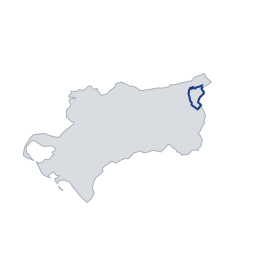 Dostluk, Chardzhou, Turkmenistan shown in context, rotated 313°
{"feature_id": "10190150B13703090222147", "entity_name": "Dostluk", "entity_type": "district", "adm_level": 2, "iso_a3": "TKM", "parent_name": "Turkmenistan", "parent_adm1": "Chardzhou", "projection": "albers", "projection_center": [65.017, 37.433], "detail": "fine", "context": "in_parent", "style": "outline", "palette": "blue", "viewbox_px": 256, "rotation_deg": 313, "n_neighbors": 0, "source": "geoboundaries", "source_scale": "gbopen_adm2", "svg_char_len": 4723}
<svg xmlns="http://www.w3.org/2000/svg" viewBox="0 0 256 256"><g transform="rotate(313 128 128)"><path d="M80.5,83.5L90.7,85.0L93.8,85.7L95.3,84.3L95.2,84.0L94.8,83.6L94.1,82.5L94.0,75.5L95.0,74.5L96.1,73.9L97.7,71.8L98.6,71.2L99.8,70.8L103.7,70.9L105.4,70.6L107.0,68.3L107.4,66.8L108.5,65.7L109.1,65.8L111.7,67.0L112.2,67.5L113.0,69.4L114.0,69.4L114.1,69.1L114.1,68.7L113.4,67.5L111.9,65.3L110.4,63.9L110.3,63.4L111.7,62.5L114.4,63.1L115.2,62.9L116.0,61.3L119.4,65.2L120.1,65.6L123.0,66.3L123.4,66.9L124.3,69.1L125.3,69.7L126.5,70.2L131.7,70.5L133.2,72.1L133.5,72.4L133.1,73.4L132.9,75.4L132.5,76.1L132.7,76.5L134.5,77.4L135.6,78.7L135.6,79.2L135.3,79.6L134.4,79.4L134.0,79.9L133.9,80.9L134.5,81.9L134.6,82.8L133.6,84.8L133.6,85.6L133.8,86.1L138.4,89.4L139.2,89.5L143.8,89.2L144.7,89.6L148.7,90.4L149.8,90.4L150.6,89.4L151.3,89.0L152.0,89.1L153.9,89.7L155.9,91.1L157.2,92.4L157.8,93.5L159.5,99.5L160.6,102.0L162.0,103.3L163.0,105.7L163.7,110.8L164.2,111.9L166.4,114.0L177.6,122.5L181.0,126.3L186.3,129.9L188.3,129.5L192.5,133.4L195.2,134.8L198.6,137.1L205.9,142.3L207.5,142.5L209.2,141.7L210.8,142.2L213.5,143.5L216.5,145.4L219.0,146.1L219.7,146.9L219.8,147.4L218.4,150.0L218.3,153.2L218.5,157.5L217.8,157.6L212.8,156.5L208.1,153.8L206.9,154.7L206.4,155.6L205.2,159.4L198.8,159.6L195.0,161.4L191.5,173.6L190.8,175.1L188.6,177.0L184.9,179.0L184.3,179.7L184.2,180.5L183.7,180.7L181.7,180.7L173.8,183.2L172.1,183.2L171.4,183.4L171.1,183.8L171.9,186.3L171.2,187.0L170.6,188.2L170.2,190.3L164.9,193.4L163.8,193.8L161.8,193.4L160.7,193.7L159.5,194.7L159.0,194.4L158.8,193.4L158.3,192.6L155.1,189.9L151.4,190.2L150.0,189.9L148.9,189.4L147.3,187.9L146.2,186.4L145.1,186.5L144.8,185.8L144.8,185.0L145.1,184.0L145.1,182.2L144.5,180.9L143.8,180.3L144.7,178.2L144.8,176.6L144.3,174.9L144.2,172.4L144.5,170.0L143.8,168.8L133.0,168.4L129.5,162.6L128.0,161.1L122.8,158.4L121.4,157.1L120.3,155.6L120.1,153.7L119.6,152.5L118.7,152.3L114.7,149.8L113.1,149.1L110.8,149.5L109.5,148.8L107.9,149.5L107.2,149.5L105.5,148.9L103.6,146.7L101.9,145.8L98.3,144.2L95.8,143.6L93.6,142.7L93.4,142.4L93.5,140.6L93.2,139.9L92.6,139.0L91.8,138.3L87.9,138.0L86.2,137.2L84.7,137.0L81.6,136.8L80.6,137.2L80.0,137.7L79.4,139.3L79.1,139.5L76.1,139.3L69.7,138.3L67.0,138.9L62.6,141.0L60.0,142.9L59.2,143.7L57.3,147.4L56.7,147.9L55.8,148.2L55.0,148.2L51.0,149.2L49.5,149.4L45.7,148.8L45.5,143.1L45.7,138.6L46.8,132.6L47.1,128.6L48.4,122.7L48.4,121.2L46.8,118.3L46.7,116.5L45.6,116.2L43.9,114.5L42.1,113.6L41.2,113.5L40.3,113.8L39.6,114.6L39.3,113.2L39.5,111.7L41.3,108.9L42.1,109.9L43.2,110.4L46.1,110.5L45.9,109.5L44.6,108.2L44.5,106.8L44.8,105.4L45.3,104.1L44.9,103.5L44.3,103.1L42.8,103.0L38.9,102.0L38.2,103.5L39.1,105.7L37.6,103.1L36.6,100.5L36.2,97.6L36.5,94.5L38.6,89.8L40.6,83.9L41.8,86.7L42.8,87.9L45.1,88.9L46.3,88.9L47.7,88.4L48.9,88.8L50.5,91.6L51.8,92.1L54.8,91.4L56.2,91.3L57.3,91.9L58.5,92.1L58.1,90.8L58.1,89.6L58.9,89.0L61.0,90.0L62.9,89.5L63.3,89.2L63.5,88.2L63.5,86.1L63.2,85.2L62.3,83.8L58.6,80.5L57.4,79.1L56.5,77.5L55.4,71.3L54.5,67.4L54.0,66.9L51.7,66.3L47.3,66.7L45.8,66.3L45.0,66.6L43.0,67.9L42.0,69.2L40.5,72.2L41.2,73.3L39.8,78.5L40.0,80.9L39.8,81.0L38.8,78.0L37.4,75.0L36.5,70.5L39.5,68.0L42.0,66.3L44.5,65.2L47.1,64.5L52.8,63.6L56.0,63.4L58.5,63.6L60.3,64.8L65.1,68.8L67.1,71.0L67.7,71.8L68.1,73.8L71.3,80.2L72.1,81.2L73.4,83.2L74.8,83.9L80.5,83.5ZM37.9,122.5L37.7,123.2L37.3,120.7L37.3,118.0L37.8,117.3L38.3,117.4L37.7,118.3L37.9,122.5Z" fill="#d9dde1" stroke="#a8b0b8" stroke-width="1"/><path d="M198.0,146.6L197.1,147.1L196.0,147.8L195.2,148.4L194.9,148.5L194.3,148.9L194.1,149.3L193.6,150.2L193.3,150.6L192.9,151.2L192.5,152.0L192.0,152.6L191.7,153.0L191.2,153.7L190.8,154.2L190.4,154.9L190.2,155.7L190.1,156.6L189.9,157.5L189.1,158.1L188.8,158.3L188.2,158.8L188.3,159.8L188.4,160.8L188.7,162.4L188.8,163.6L188.9,164.8L189.2,165.7L189.2,166.2L190.7,166.3L190.8,166.2L191.0,166.0L191.6,166.0L192.5,166.0L193.1,166.0L193.3,166.0L194.4,166.0L194.5,165.4L194.7,164.8L194.7,164.1L194.6,163.3L194.4,162.8L194.5,162.1L194.7,161.6L195.3,161.3L196.1,161.0L196.9,160.5L197.5,160.1L198.1,160.2L198.9,159.8L199.5,159.7L201.9,159.8L202.8,159.8L203.5,159.8L203.9,159.9L204.8,160.0L205.2,159.6L205.5,159.5L206.0,158.8L206.4,158.2L206.3,156.8L206.7,155.8L207.0,154.9L207.5,154.9L208.3,154.9L208.4,153.9L208.6,153.4L208.9,153.0L209.2,152.9L208.8,152.7L208.4,152.6L207.5,152.3L206.6,151.7L205.8,151.2L205.7,151.1L205.1,150.7L204.3,150.2L203.9,150.3L203.4,150.3L202.9,150.3L202.9,150.2L202.7,150.1L202.4,149.7L202.4,149.4L202.4,148.6L202.4,147.6L201.9,147.5L201.3,147.9L201.0,148.2L200.5,147.9L200.3,147.8L200.0,147.7L200.2,147.1L200.5,146.6L200.1,146.3L199.7,146.2L198.9,146.4L198.0,146.6Z" fill="none" stroke="#1e3a8a" stroke-width="2"/></g></svg>